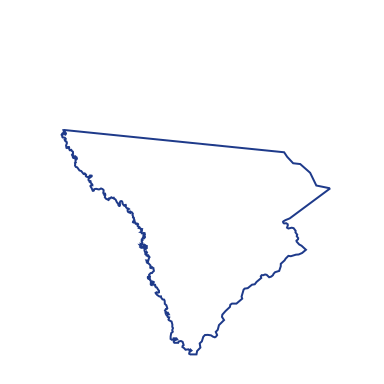 Aceguá, Cerro Largo, Uruguay (Equal Earth projection), rotated 321°
{"feature_id": "84410073B6991751353050", "entity_name": "Aceguá", "entity_type": "district", "adm_level": 2, "iso_a3": "URY", "parent_name": "Uruguay", "parent_adm1": "Cerro Largo", "projection": "equal_earth", "projection_center": [-54.46, -31.833], "detail": "fine", "context": "isolated", "style": "outline", "palette": "blue", "viewbox_px": 384, "rotation_deg": 321, "n_neighbors": 0, "source": "geoboundaries", "source_scale": "gbopen_adm2", "svg_char_len": 6038}
<svg xmlns="http://www.w3.org/2000/svg" viewBox="0 0 384 384"><g transform="rotate(321 192 192)"><path d="M288.6,219.1L131.7,63.4L131.0,63.0L130.8,63.6L131.2,65.1L130.3,65.8L130.2,66.2L131.0,66.8L131.0,67.1L130.1,67.7L129.6,67.7L129.5,67.3L130.0,65.5L129.7,64.8L129.4,64.8L129.2,65.5L128.8,65.9L128.0,65.9L127.6,65.1L126.6,65.5L126.6,66.8L125.9,67.4L125.8,68.2L127.3,69.7L127.4,71.2L127.0,71.5L125.9,71.3L125.6,72.8L125.7,73.3L126.1,73.5L126.2,73.8L125.8,74.9L125.4,75.4L123.4,76.6L122.2,78.7L122.4,79.1L122.8,79.1L123.3,79.6L124.0,79.1L124.7,79.6L124.5,80.2L123.8,80.6L123.3,82.6L123.5,82.9L124.3,82.9L124.7,83.2L124.5,84.7L124.8,85.7L123.9,87.1L122.1,87.6L122.0,88.1L122.8,88.7L122.5,89.2L121.6,89.4L121.2,90.2L121.2,90.9L121.7,91.4L122.2,92.6L122.5,92.7L122.6,92.2L123.1,92.1L123.3,91.7L123.1,91.0L123.6,90.7L123.8,90.8L123.8,91.7L124.1,92.4L123.7,93.5L123.1,93.9L121.5,94.0L120.5,95.1L120.3,95.9L119.3,95.8L118.8,96.8L117.8,97.7L117.6,98.5L117.5,99.4L118.3,100.6L118.1,104.4L119.1,106.0L119.1,109.8L119.5,110.3L120.3,110.1L120.5,110.6L120.5,112.1L119.8,112.5L119.5,112.8L119.5,113.3L120.0,114.3L120.7,115.0L121.3,115.3L123.2,115.0L124.3,116.1L124.2,116.5L123.7,116.7L120.1,116.5L119.2,117.4L119.0,118.0L119.1,118.9L120.0,119.6L119.9,119.9L118.9,120.1L119.2,121.1L119.2,123.6L118.8,124.1L117.9,123.2L117.0,123.3L116.7,123.6L116.4,126.0L115.6,128.6L116.2,129.1L116.7,129.1L117.7,128.3L118.5,128.6L119.6,129.3L121.0,131.2L121.8,131.7L123.5,132.0L124.3,133.4L124.5,134.8L124.0,135.6L122.6,136.7L122.3,137.4L122.9,137.9L122.0,138.9L122.3,139.2L122.7,138.9L123.2,139.0L122.8,139.8L121.0,141.1L120.9,143.0L122.1,145.7L122.6,145.6L123.0,144.7L123.5,144.7L124.5,145.5L124.8,145.2L126.0,145.4L126.4,146.6L127.6,147.2L127.5,147.8L127.2,148.1L127.8,149.4L127.8,150.1L127.2,152.5L127.1,155.0L126.5,156.1L126.6,157.0L126.9,157.3L127.4,157.2L128.3,156.2L129.0,154.9L130.4,154.2L131.2,154.4L131.7,155.2L131.5,156.2L130.7,157.3L130.6,159.7L130.8,160.1L131.3,159.7L132.4,160.3L132.3,160.7L131.4,161.4L131.1,162.5L131.3,163.8L132.2,165.0L132.3,165.5L130.8,165.3L130.1,166.1L129.8,167.0L129.9,167.7L130.7,169.1L131.1,168.2L131.5,168.1L131.9,168.4L131.9,169.0L132.5,170.0L132.4,171.6L131.2,172.6L131.0,173.6L130.1,174.6L130.2,175.0L130.6,175.3L130.5,175.8L129.8,176.4L129.6,177.7L127.7,177.8L127.1,178.3L127.3,178.9L128.8,179.6L128.8,180.1L128.2,180.8L128.3,181.2L128.4,181.6L129.5,182.0L129.9,182.7L129.8,183.2L128.8,183.5L128.4,184.0L128.3,184.5L128.8,185.2L129.0,186.2L128.0,186.5L128.3,187.0L128.9,187.3L129.0,187.9L128.8,188.9L129.7,189.1L129.9,189.4L129.1,189.9L128.8,190.5L128.1,190.2L127.6,191.0L126.9,190.9L127.5,191.7L127.0,192.5L128.0,193.4L127.7,194.3L128.2,194.4L128.9,193.7L129.3,194.1L128.6,195.5L127.8,195.9L127.1,195.6L127.1,196.3L126.8,196.7L127.2,197.2L126.9,197.6L126.2,197.7L125.6,196.3L125.0,196.6L125.1,197.0L124.8,197.6L124.0,197.1L123.1,197.2L122.8,197.6L122.9,198.4L122.0,198.4L121.6,199.0L121.5,200.1L120.7,201.2L120.3,201.3L119.5,200.1L119.0,201.3L118.4,201.2L118.1,200.8L118.1,202.0L117.1,202.1L117.2,202.9L117.7,203.7L118.2,203.9L118.8,203.6L118.9,204.6L119.2,204.7L120.0,204.6L121.0,203.1L121.8,202.9L122.1,203.6L121.5,204.1L121.4,205.0L122.7,205.2L122.9,205.5L121.6,207.1L121.1,206.9L121.2,205.7L120.2,206.1L119.9,207.0L119.2,206.4L118.3,207.5L117.7,209.0L118.5,210.3L119.0,210.0L119.0,210.7L118.2,211.0L116.9,210.6L116.6,211.0L116.7,211.4L117.0,211.4L117.0,212.4L116.7,212.8L117.1,213.5L117.2,214.0L117.8,213.9L118.0,213.4L118.2,213.6L118.0,214.4L118.1,215.5L117.9,216.0L117.3,216.1L114.3,218.2L114.0,217.8L114.1,217.0L113.5,216.5L113.3,217.5L112.9,217.7L113.0,218.0L113.3,218.2L112.7,218.5L112.6,219.0L113.3,220.1L113.5,223.0L112.2,224.2L111.9,224.8L112.3,225.3L112.9,224.8L113.6,225.1L114.1,227.0L113.6,227.3L113.1,228.8L112.6,229.4L110.8,229.5L110.0,229.8L108.8,229.0L106.6,229.3L106.2,229.9L106.2,231.2L105.4,231.9L105.1,231.6L104.9,230.4L104.3,230.2L103.7,230.8L103.4,231.5L103.6,232.3L104.5,233.5L104.4,233.8L104.0,233.9L103.9,235.3L105.2,237.0L105.6,238.0L105.0,238.3L104.2,237.7L103.9,237.4L103.9,236.4L103.4,236.1L101.8,237.8L101.7,238.3L102.2,239.1L103.4,238.6L104.0,238.8L104.2,239.1L103.9,239.9L104.8,240.8L104.4,241.1L104.5,241.9L104.0,242.4L104.2,242.8L104.1,243.5L104.6,244.1L104.2,246.5L104.2,248.0L103.2,249.2L102.5,249.0L101.4,247.6L100.2,247.5L100.0,248.4L100.2,249.1L100.1,250.0L100.9,252.7L102.2,253.6L101.6,254.6L101.5,256.9L102.6,258.1L102.2,259.5L100.5,261.8L100.8,263.9L99.6,266.9L98.7,267.1L98.0,266.5L96.3,267.2L96.4,268.7L95.5,269.0L95.1,269.9L96.3,269.9L97.3,270.6L97.0,272.4L96.2,271.8L94.7,272.1L94.9,273.2L94.5,273.9L95.4,275.1L93.4,276.4L93.4,277.1L94.6,279.8L93.3,282.7L91.8,284.4L91.6,285.8L89.7,286.9L89.1,288.5L87.0,288.6L84.5,290.8L82.9,292.7L83.4,294.3L84.6,294.8L85.6,294.1L87.8,295.9L87.7,297.2L84.9,296.2L83.5,296.9L83.4,298.1L86.4,300.5L87.6,299.8L89.6,300.8L90.4,302.5L89.2,305.7L87.9,305.7L87.0,306.4L87.6,308.4L87.7,310.5L90.2,312.0L90.4,313.6L91.6,313.4L91.8,314.9L89.3,314.8L88.0,315.9L88.5,317.2L93.3,321.0L95.9,318.8L100.6,318.2L102.7,314.5L105.6,314.3L109.7,311.6L112.1,311.3L114.4,313.0L116.6,315.4L117.2,317.5L118.3,319.3L119.6,319.5L121.5,319.0L122.4,315.7L125.3,315.3L129.2,312.4L136.3,311.7L136.7,307.9L138.4,306.4L143.3,305.6L149.1,305.2L150.9,303.7L152.9,303.9L156.3,306.7L163.9,306.5L164.7,304.5L170.6,300.4L172.1,300.2L174.8,301.8L180.3,301.8L182.7,303.2L185.6,302.5L191.7,302.4L192.4,300.8L193.9,300.5L194.8,301.4L196.9,302.1L197.9,303.4L198.3,306.8L200.3,307.6L202.5,307.6L204.0,306.9L206.1,306.6L210.1,308.2L214.2,305.6L215.8,303.7L220.9,303.4L222.9,302.7L226.7,302.3L228.4,304.1L233.3,306.1L235.6,307.7L239.2,308.7L244.2,308.6L243.3,302.6L242.3,300.3L242.1,296.4L242.6,295.5L244.6,295.5L245.5,294.7L245.6,292.2L246.9,291.4L247.0,288.5L248.1,287.4L248.2,284.0L247.0,282.5L243.9,281.0L243.4,279.5L245.5,278.2L246.1,277.3L245.6,275.6L243.8,274.4L243.6,273.6L243.9,272.5L244.6,272.3L247.0,272.7L251.3,274.0L300.9,276.1L301.1,275.4L292.7,265.2L295.9,251.4L293.7,238.4L288.7,233.3L288.1,224.5L288.6,219.1Z" fill="none" stroke="#1e3a8a" stroke-width="2"/></g></svg>